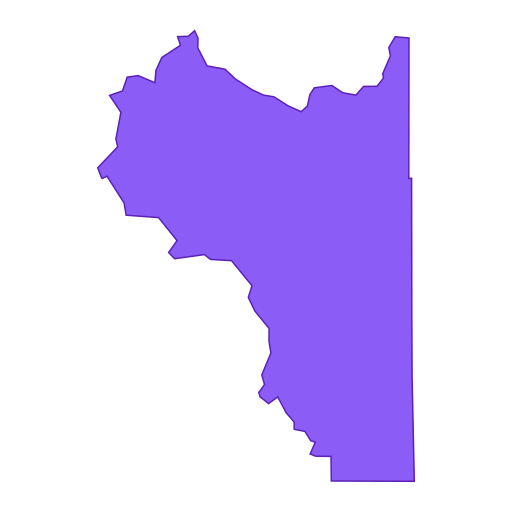 Wasatch, Utah, United States of America
{"feature_id": "52423323B18830256049393", "entity_name": "Wasatch", "entity_type": "district", "adm_level": 2, "iso_a3": "USA", "parent_name": "United States of America", "parent_adm1": "Utah", "projection": "equal_earth", "projection_center": [-111.263, 40.295], "detail": "fine", "context": "isolated", "style": "filled", "palette": "violet", "viewbox_px": 512, "rotation_deg": 0, "n_neighbors": 0, "source": "geoboundaries", "source_scale": "gbopen_adm2", "svg_char_len": 1046}
<svg xmlns="http://www.w3.org/2000/svg" viewBox="0 0 512 512"><path d="M127.2,77.1L122.5,90.9L109.6,95.4L120.9,112.3L115.9,139.0L117.7,146.8L97.7,167.8L101.7,178.1L102.3,178.4L107.0,176.2L124.1,203.0L126.1,215.2L158.6,217.6L177.0,240.6L168.6,252.5L174.6,258.7L204.5,254.6L210.4,259.4L231.6,260.7L252.0,285.8L248.3,297.4L254.9,311.1L269.1,328.5L269.0,341.5L270.9,352.9L261.8,375.0L264.5,384.5L258.8,392.5L260.1,396.9L268.6,403.6L277.7,396.9L286.2,412.8L294.1,422.0L294.2,429.3L304.9,431.4L310.8,440.8L315.3,442.2L310.1,454.0L315.7,456.2L331.0,456.4L331.3,481.0L414.3,481.3L412.1,377.0L411.8,310.7L411.6,178.3L408.8,178.3L409.0,38.0L395.2,36.7L388.8,47.5L390.4,56.0L382.7,73.7L383.5,78.0L377.0,86.3L363.6,86.4L355.9,95.1L342.7,92.7L331.9,85.5L314.3,87.8L309.9,94.6L307.4,106.0L301.2,111.7L288.2,105.9L273.9,96.8L263.5,95.1L251.8,89.6L235.4,79.0L225.0,69.2L207.1,65.9L197.8,47.9L198.0,38.2L194.6,30.7L188.2,36.3L177.6,36.6L180.4,45.3L161.8,57.5L155.9,70.5L154.9,82.7L138.2,75.6L127.2,77.1Z" fill="#8b5cf6" stroke="#5b21b6" stroke-width="1.5"/></svg>